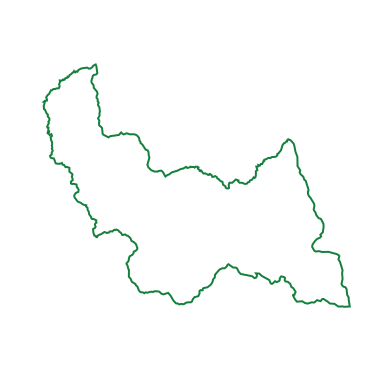 Aguadas, Caldas, Colombia (Mercator projection), rotated 168°
{"feature_id": "7082276B11413652619505", "entity_name": "Aguadas", "entity_type": "district", "adm_level": 2, "iso_a3": "COL", "parent_name": "Colombia", "parent_adm1": "Caldas", "projection": "mercator", "projection_center": [-75.406, 5.579], "detail": "fine", "context": "isolated", "style": "outline", "palette": "green", "viewbox_px": 384, "rotation_deg": 168, "n_neighbors": 0, "source": "geoboundaries", "source_scale": "gbopen_adm2", "svg_char_len": 5987}
<svg xmlns="http://www.w3.org/2000/svg" viewBox="0 0 384 384"><g transform="rotate(168 192 192)"><path d="M88.9,58.5L87.1,60.1L85.7,60.1L82.4,56.9L80.4,54.3L75.9,53.0L72.6,49.5L68.6,48.8L67.1,48.1L61.5,47.2L61.1,54.4L60.7,56.4L61.6,59.1L61.0,65.0L61.7,66.9L63.5,67.9L64.4,69.1L64.9,70.9L62.8,75.6L62.1,81.1L61.0,84.2L61.8,93.1L62.8,95.6L61.2,98.6L61.7,99.7L63.4,101.2L71.0,105.1L77.3,106.3L80.2,107.8L83.3,108.0L84.6,109.2L85.9,113.4L84.9,115.7L81.6,118.7L79.3,120.1L76.4,120.7L74.9,121.7L75.3,123.6L72.4,125.4L70.5,130.6L70.1,133.2L70.2,134.6L71.6,139.0L73.5,140.0L75.2,143.5L75.5,146.2L76.5,148.7L76.6,149.6L75.1,153.2L75.0,155.1L77.3,161.6L78.5,163.7L78.9,165.6L78.6,168.2L77.8,169.0L77.6,170.2L78.4,179.2L79.6,180.8L80.0,183.9L82.0,186.7L82.5,188.1L82.6,188.9L81.6,190.6L83.4,195.4L81.6,204.4L82.4,209.9L82.3,216.1L82.5,218.2L84.7,222.0L86.9,223.6L87.6,222.8L88.2,222.8L88.5,221.7L89.1,221.9L90.9,220.7L92.1,220.5L93.7,219.0L96.3,214.3L99.7,211.6L100.5,211.6L100.7,210.5L102.1,209.3L103.3,209.1L106.7,209.6L108.2,208.9L110.1,209.5L113.2,208.5L114.4,208.6L115.3,207.9L115.1,207.1L116.1,206.7L117.5,204.8L118.9,205.1L120.0,203.8L121.5,204.6L121.5,203.5L122.1,203.2L123.8,203.5L123.5,199.8L125.2,199.1L126.0,195.3L126.9,193.2L127.9,192.7L128.6,193.5L130.7,191.6L133.0,191.2L133.8,189.9L135.5,189.8L136.3,188.9L137.4,188.7L139.0,189.1L141.2,190.7L143.6,191.2L144.7,192.9L144.2,193.7L146.5,195.1L150.6,192.7L153.4,193.3L154.5,191.8L155.0,188.2L156.0,187.9L157.6,188.5L158.1,189.0L158.1,190.6L160.1,192.7L160.1,195.7L161.4,196.3L162.8,198.0L163.0,198.9L164.4,200.0L164.7,201.5L166.1,202.8L167.3,202.4L168.9,202.5L169.3,204.2L170.7,206.0L171.1,206.0L171.4,205.3L172.6,205.3L175.0,207.4L177.0,207.7L178.5,211.0L179.7,210.6L180.1,211.0L179.9,212.0L181.3,213.3L181.3,214.2L180.6,214.8L181.5,215.6L183.2,216.0L184.3,215.3L185.2,216.2L187.5,216.5L188.2,217.1L189.0,216.6L191.6,216.5L192.6,217.8L196.0,216.7L197.9,216.9L201.7,215.9L207.6,215.4L210.8,213.9L212.2,213.8L214.8,212.7L216.2,217.2L217.2,218.8L218.0,219.4L220.6,219.5L221.3,219.1L224.6,219.9L227.4,221.9L229.5,225.1L230.0,227.9L226.5,234.5L226.7,237.5L226.2,240.0L226.7,241.9L228.6,243.2L230.7,248.8L232.2,250.7L232.0,251.8L232.6,253.0L232.6,256.2L234.2,259.0L236.5,260.5L240.7,261.3L243.6,263.0L246.7,262.5L248.2,263.7L248.9,265.0L251.7,263.0L260.4,263.6L262.3,262.8L266.8,266.5L267.3,267.4L266.7,273.2L267.3,274.4L268.9,276.4L268.7,278.5L267.8,281.0L268.6,283.5L266.5,286.0L266.2,288.1L265.3,290.1L265.0,294.2L265.8,296.4L265.7,297.4L264.7,298.7L265.4,300.3L265.0,302.5L265.8,304.2L265.2,305.9L264.0,307.5L264.0,309.8L266.4,314.3L266.1,317.0L267.4,319.6L267.4,321.3L264.7,326.4L263.5,326.9L261.1,326.9L259.9,328.0L259.4,335.0L259.7,336.8L262.5,336.0L263.4,334.9L265.7,333.9L267.5,334.2L268.5,335.4L272.4,335.8L274.9,335.8L277.6,335.0L279.1,333.5L279.7,334.0L281.0,334.0L281.2,333.3L282.3,333.9L282.4,334.5L283.1,333.6L283.9,333.7L285.8,332.3L287.3,332.0L287.8,331.1L288.8,330.4L289.8,330.7L290.0,329.7L292.3,329.6L293.0,328.5L294.4,328.2L294.8,328.9L296.6,327.9L298.1,328.6L298.3,327.0L299.7,324.7L299.4,323.6L299.9,322.1L300.7,321.2L303.3,321.5L304.4,321.1L306.3,321.5L307.8,320.6L308.7,320.9L311.4,317.6L313.1,316.8L315.0,314.8L314.6,312.6L314.9,311.6L317.0,311.8L318.3,311.0L317.3,310.5L319.2,306.7L319.5,303.9L318.7,303.1L317.9,299.2L316.9,297.6L317.4,296.0L316.2,293.5L316.6,291.8L317.9,290.6L317.7,289.2L320.1,286.1L320.0,285.1L319.0,284.8L319.8,282.2L319.0,281.1L319.4,280.4L319.9,280.9L320.5,280.8L321.0,279.5L319.9,278.5L319.4,277.3L317.6,277.8L317.3,275.9L318.9,275.0L319.1,271.8L318.6,270.6L318.7,268.3L319.5,266.4L319.5,264.1L320.1,263.5L319.6,261.4L321.1,259.6L321.4,257.9L323.3,257.0L323.3,255.7L322.7,254.5L320.1,253.5L319.4,248.6L318.9,248.0L315.5,247.1L313.2,247.4L313.0,245.7L311.6,245.1L310.5,242.6L309.3,242.6L306.9,241.2L307.7,237.3L305.5,234.7L305.3,233.7L306.3,232.2L306.1,228.5L308.3,227.3L308.6,225.5L307.7,224.8L306.0,224.6L303.4,223.3L303.6,220.5L302.7,219.2L302.4,218.0L303.2,215.7L305.7,215.3L307.6,213.6L308.1,212.1L307.9,210.9L305.8,206.4L303.1,204.6L301.1,202.3L298.2,201.0L298.7,199.9L297.5,198.3L297.8,196.2L297.1,194.4L297.2,191.5L295.8,188.4L296.0,187.5L295.3,186.3L293.4,185.8L291.5,184.2L292.0,182.9L291.8,181.9L293.2,181.3L293.8,180.1L293.5,178.1L294.5,177.0L296.5,176.3L296.9,172.9L296.6,169.7L295.2,169.0L295.0,167.8L294.4,167.5L292.7,169.2L289.2,169.8L286.0,171.1L283.7,169.6L281.5,169.7L281.0,170.4L279.3,170.4L278.3,169.9L275.9,171.2L274.9,170.7L273.8,171.0L271.9,169.6L271.5,168.4L270.1,167.0L269.1,164.4L266.2,164.4L265.0,163.0L263.8,162.5L261.8,159.6L261.3,156.6L259.6,155.4L257.7,152.8L257.1,148.7L257.5,147.4L259.5,146.1L261.4,145.8L261.9,144.5L263.1,143.1L266.4,142.0L267.6,140.0L268.0,138.5L269.0,137.1L270.8,136.0L271.0,135.2L270.4,133.7L270.3,130.4L269.9,128.9L271.4,122.1L270.2,120.2L269.5,116.6L266.5,113.8L266.2,112.2L265.1,111.0L264.4,106.8L263.3,104.8L260.9,104.0L259.7,102.9L258.4,103.5L256.7,102.8L253.7,103.0L251.9,102.8L251.1,102.3L249.3,102.7L245.7,101.8L244.5,101.1L243.3,99.1L241.2,97.8L236.3,98.3L234.4,94.8L232.7,89.5L230.8,86.4L229.1,85.9L227.9,84.7L225.7,84.8L224.0,84.0L222.5,84.2L221.4,84.8L219.2,85.0L216.1,84.3L214.8,84.9L213.6,86.8L211.5,88.6L207.5,88.8L205.6,91.4L205.5,93.0L204.9,93.9L203.9,94.2L203.0,93.7L202.0,93.7L201.4,95.2L200.8,95.6L196.6,95.6L192.7,97.5L190.7,99.7L189.4,102.3L187.5,103.6L186.7,106.3L181.3,110.4L178.2,111.1L175.8,110.6L173.5,111.9L172.6,113.2L171.4,113.8L167.6,109.7L164.4,108.7L163.7,107.5L162.8,104.0L161.4,101.7L150.8,97.2L148.8,94.8L147.2,94.9L146.2,95.9L145.7,97.6L146.3,99.1L143.1,98.2L141.2,95.4L134.7,89.8L134.2,86.9L133.5,85.7L132.3,85.6L129.3,87.5L127.9,86.3L125.7,86.6L124.5,87.6L124.2,89.0L122.7,90.8L121.8,90.8L119.4,89.4L118.9,88.6L119.7,86.3L119.3,85.2L116.8,84.1L115.0,81.7L114.5,78.4L112.9,76.8L111.5,73.1L111.6,72.2L112.5,71.5L113.2,70.1L114.5,70.3L114.7,69.7L113.5,65.4L112.2,62.9L106.9,62.2L104.5,59.9L102.1,58.8L98.1,59.2L95.4,58.5L92.2,60.2L88.9,58.5Z" fill="none" stroke="#15803d" stroke-width="2"/></g></svg>